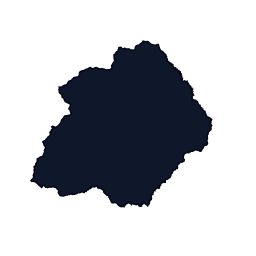 Mae Charim, Nan, Thailand, rotated 203°
{"feature_id": "78962969B26100393225543", "entity_name": "Mae Charim", "entity_type": "district", "adm_level": 2, "iso_a3": "THA", "parent_name": "Thailand", "parent_adm1": "Nan", "projection": "orthographic", "projection_center": [101.038, 18.711], "detail": "fine", "context": "isolated", "style": "filled", "palette": "ink", "viewbox_px": 256, "rotation_deg": 203, "n_neighbors": 0, "source": "geoboundaries", "source_scale": "gbopen_adm2", "svg_char_len": 5759}
<svg xmlns="http://www.w3.org/2000/svg" viewBox="0 0 256 256"><g transform="rotate(203 128 128)"><path d="M163.5,39.3L160.8,40.3L159.7,41.2L159.5,41.7L157.5,42.7L157.3,43.4L155.8,44.0L155.2,45.0L153.3,45.1L151.4,46.1L151.0,46.6L149.7,47.4L148.6,49.3L147.4,49.4L146.3,50.3L145.6,51.5L144.8,51.3L144.2,51.6L143.7,51.3L143.2,51.5L143.0,52.2L143.6,52.7L142.9,52.9L142.7,53.3L141.7,53.4L142.0,54.5L141.5,55.1L140.8,55.1L140.9,56.1L140.3,56.3L140.4,56.8L139.8,57.4L139.2,57.5L139.2,58.6L138.7,58.6L138.9,59.6L138.3,59.4L137.3,60.4L136.1,60.5L135.5,61.1L136.0,61.7L134.9,62.0L134.7,62.6L133.7,62.2L132.3,61.1L129.8,61.7L127.2,61.4L125.6,60.7L125.4,59.6L122.4,58.3L121.5,58.0L119.6,58.2L118.8,57.0L117.8,56.6L116.5,55.2L115.4,54.7L114.7,53.6L113.8,53.1L112.6,53.2L111.4,54.1L109.7,54.5L108.3,54.3L106.4,53.0L105.6,53.1L104.5,52.8L103.4,53.0L102.5,53.6L100.9,54.1L101.8,55.3L101.6,55.7L101.0,55.7L100.2,56.2L100.7,57.8L99.4,58.0L98.4,59.6L97.0,59.4L96.3,59.6L95.1,58.9L95.2,59.7L94.8,60.3L93.4,60.1L93.1,60.9L92.6,60.5L91.6,60.3L91.1,61.0L90.0,60.9L89.4,61.9L88.4,61.5L87.6,60.7L86.1,60.7L85.1,61.4L85.8,62.1L86.1,63.1L84.9,63.3L84.4,64.7L83.6,65.2L81.4,64.8L79.5,64.1L79.6,65.2L79.1,65.5L78.9,66.9L79.9,69.4L79.2,69.8L79.4,70.7L78.7,71.2L79.0,72.8L80.0,73.7L80.1,75.5L79.2,76.7L79.9,78.3L79.6,78.7L79.9,79.2L79.8,80.5L78.8,80.8L79.3,81.5L78.8,82.1L78.9,83.0L78.4,83.1L78.4,83.5L77.8,83.9L77.8,84.7L77.2,85.0L76.3,84.5L75.7,85.0L75.8,85.6L76.9,86.2L77.2,87.0L76.1,87.2L76.1,87.6L75.7,87.8L76.0,90.0L74.9,91.2L75.3,91.7L72.5,92.6L73.3,94.7L73.1,95.7L71.8,96.2L70.1,99.0L69.9,101.1L70.3,101.7L70.3,102.6L69.7,103.8L69.8,106.3L69.1,107.6L68.2,108.0L67.9,109.6L66.9,110.1L67.0,111.0L67.8,112.4L67.9,114.4L66.8,115.3L66.8,116.6L66.2,117.3L65.2,117.5L63.5,119.3L63.8,120.8L65.0,121.3L65.1,121.8L65.5,122.0L66.0,123.2L65.9,123.8L66.4,124.4L66.0,125.1L66.3,125.6L65.1,127.7L64.0,128.5L62.3,129.0L62.1,130.2L61.2,130.5L60.5,131.6L59.5,131.8L57.4,134.4L53.6,135.0L52.6,134.7L51.6,135.5L51.6,137.5L51.2,138.5L51.1,141.4L50.6,142.4L49.4,142.7L48.8,143.5L48.9,144.1L48.7,144.7L49.3,145.7L50.6,147.1L50.8,149.7L51.7,150.6L51.8,151.5L52.3,152.2L51.9,153.6L52.5,155.5L51.1,158.9L51.3,159.9L52.3,161.4L51.9,162.9L52.9,163.7L53.5,163.8L54.1,164.7L53.8,165.3L54.8,166.3L54.3,167.3L54.3,168.6L57.3,169.3L60.4,169.2L60.8,169.8L60.7,170.4L61.9,170.7L62.2,171.6L63.5,172.7L63.5,173.0L63.9,173.0L64.0,173.3L64.4,173.0L65.3,173.1L65.3,173.4L66.0,173.6L66.5,174.6L67.6,174.1L67.9,175.1L68.5,175.0L68.6,175.3L69.0,175.3L69.8,175.8L70.2,176.4L70.6,176.3L70.6,177.0L72.0,176.8L74.5,179.4L75.3,179.2L76.2,179.9L76.7,179.8L76.7,179.3L78.4,179.6L80.0,179.2L80.4,179.6L80.3,180.4L81.6,182.3L80.5,183.8L81.5,184.4L81.6,184.9L83.1,185.0L82.4,185.5L82.9,186.1L83.3,185.7L83.5,185.8L83.6,186.5L83.1,186.9L83.6,187.0L84.1,187.7L83.5,188.5L83.7,189.1L84.1,189.1L84.8,188.1L85.1,188.1L85.3,188.5L85.1,189.6L86.3,189.5L86.5,190.7L88.6,191.4L89.2,191.9L89.8,191.9L89.9,192.6L91.4,193.3L91.8,194.0L92.3,193.2L92.9,193.6L93.5,193.3L94.6,193.4L94.9,192.7L96.3,192.0L97.1,192.9L96.8,193.2L97.2,194.6L97.6,194.2L98.2,194.1L98.1,193.4L98.7,193.9L98.0,195.1L98.8,196.1L98.7,196.7L100.6,197.4L100.0,198.3L100.5,198.8L101.3,198.6L101.5,199.2L101.7,198.5L102.6,198.6L102.5,199.9L103.5,200.6L104.0,200.2L104.8,200.1L104.7,200.6L105.5,200.8L106.0,201.3L106.2,200.4L107.0,200.9L107.1,200.2L107.4,200.1L107.5,200.5L108.0,200.6L107.7,200.9L108.5,201.2L108.3,201.7L108.9,201.5L110.0,202.0L111.3,202.9L111.3,203.3L111.6,203.1L111.9,203.5L112.6,203.3L112.7,203.9L113.0,203.7L113.5,203.9L114.2,203.3L114.3,204.0L114.7,203.7L115.0,204.1L115.7,203.8L115.3,204.2L116.0,204.2L115.8,204.6L116.3,204.7L116.5,204.3L117.3,204.6L117.5,204.9L118.1,205.0L118.0,205.6L119.1,207.1L120.6,208.0L120.5,208.7L121.5,208.8L121.5,209.9L122.9,210.2L122.9,210.5L124.0,210.8L125.1,211.5L126.6,211.9L128.1,211.8L130.4,213.8L132.7,216.7L134.0,216.0L134.7,214.9L135.3,214.7L139.3,214.1L143.5,215.3L145.8,214.2L148.0,213.9L148.7,211.3L149.6,210.3L149.6,209.0L151.4,207.9L152.4,207.0L152.8,205.3L152.2,202.9L152.5,202.2L156.3,200.8L157.9,201.2L160.5,200.0L162.1,200.2L163.7,198.7L164.5,198.8L165.9,199.5L167.5,198.8L167.8,198.2L167.2,194.8L167.4,194.4L168.3,193.7L168.8,190.8L169.4,190.0L169.4,189.5L167.5,186.0L166.5,185.6L167.4,178.8L167.1,178.2L166.2,177.9L166.1,177.5L167.4,174.4L169.1,173.9L170.8,172.9L172.8,172.9L175.2,172.4L176.7,171.4L180.9,171.2L181.5,170.9L183.5,168.6L185.5,168.9L186.4,168.9L187.0,168.4L188.1,166.7L190.0,165.2L190.8,163.6L192.5,162.8L194.0,161.1L194.2,159.9L193.6,158.1L193.6,155.9L194.4,155.2L197.4,153.4L199.0,149.3L200.8,147.8L201.3,143.7L202.6,143.0L204.3,141.3L205.1,139.5L207.3,138.8L206.6,137.5L206.6,136.2L205.8,135.4L205.2,134.1L203.9,133.2L202.5,133.2L202.0,132.9L200.5,130.5L198.7,130.4L197.0,128.4L195.8,127.8L190.4,127.5L189.7,126.0L189.9,122.6L189.4,122.2L188.3,121.9L185.7,118.5L186.0,117.5L190.8,114.4L191.1,114.0L191.3,111.9L192.2,109.4L191.9,107.4L192.3,105.0L193.0,102.9L194.6,100.5L195.3,100.2L197.9,100.2L198.6,99.3L196.9,98.0L196.9,97.5L197.7,96.5L197.5,95.4L198.2,93.5L197.1,92.2L196.8,90.8L197.6,89.0L198.3,88.1L198.3,86.5L199.0,85.7L199.1,84.6L201.0,82.2L200.9,81.8L199.4,80.8L198.3,79.2L196.6,78.5L196.1,77.4L196.2,74.5L195.7,74.2L195.3,73.4L195.4,68.7L195.9,68.0L197.5,67.0L197.7,66.1L199.4,64.1L198.3,61.0L198.7,60.0L198.9,58.9L198.1,57.3L199.2,56.2L199.3,55.5L198.3,54.7L198.0,52.7L196.8,50.5L196.6,47.2L195.5,46.1L195.9,43.7L196.5,42.8L196.7,41.6L195.7,41.3L194.1,42.1L193.3,42.0L192.4,42.5L191.1,41.8L189.9,41.7L187.2,40.3L185.9,40.2L184.4,39.5L184.1,39.9L184.0,41.2L183.1,42.5L182.5,42.4L180.7,41.3L179.7,41.8L178.7,41.8L177.6,42.9L175.7,43.5L174.0,44.7L170.9,45.1L169.6,44.3L167.7,43.8L167.2,42.8L166.8,41.1L164.3,39.4L163.5,39.3Z" fill="#0f172a" stroke="#020617" stroke-width="1.5"/></g></svg>